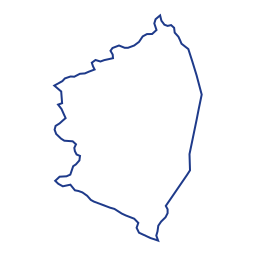 the district of Cachoeira dos Índios, Paraíba, Brazil
{"feature_id": "56859067B57784829245035", "entity_name": "Cachoeira dos Índios", "entity_type": "district", "adm_level": 2, "iso_a3": "BRA", "parent_name": "Brazil", "parent_adm1": "Paraíba", "projection": "mercator", "projection_center": [-38.71, -6.947], "detail": "fine", "context": "isolated", "style": "outline", "palette": "blue", "viewbox_px": 256, "rotation_deg": 0, "n_neighbors": 0, "source": "geoboundaries", "source_scale": "gbopen_adm2", "svg_char_len": 1306}
<svg xmlns="http://www.w3.org/2000/svg" viewBox="0 0 256 256"><path d="M55.2,180.8L58.3,183.8L62.8,186.3L70.4,184.7L74.9,190.3L78.5,191.0L82.4,192.4L87.2,195.8L90.8,199.9L93.9,201.6L110.1,207.7L114.4,208.9L121.8,213.6L125.9,215.5L134.2,218.7L138.3,222.9L136.6,227.8L139.0,232.7L150.6,238.1L154.1,239.2L158.1,240.6L156.3,235.6L157.5,231.4L158.3,225.7L161.1,221.6L165.5,217.3L167.6,213.2L167.6,209.3L165.8,205.9L170.6,198.9L187.1,174.8L190.0,170.3L189.5,154.1L192.2,141.1L196.6,119.8L198.7,109.1L201.7,94.6L196.6,75.4L192.4,61.7L188.3,49.0L185.3,46.7L181.5,43.7L180.0,40.1L178.4,36.7L174.7,32.6L174.1,27.8L171.1,25.1L167.6,25.9L164.4,24.7L161.4,20.7L160.1,15.4L155.6,19.2L154.3,23.4L156.5,30.0L152.1,34.0L146.9,34.1L142.7,36.4L139.0,41.9L134.2,45.5L128.0,47.8L124.7,47.8L119.0,45.5L112.5,48.0L110.5,50.8L112.7,54.6L113.0,58.2L104.3,60.1L100.4,61.5L95.5,60.0L91.8,62.7L93.0,66.3L94.6,69.5L88.8,71.7L84.9,73.4L79.9,73.8L74.3,76.7L70.5,76.5L64.9,78.4L62.4,81.1L54.3,85.6L61.2,91.5L62.1,103.2L58.1,104.6L61.5,109.0L63.5,113.5L65.6,118.1L62.7,120.6L59.6,123.4L55.6,125.9L54.6,129.7L56.2,134.0L61.0,138.6L64.3,140.7L72.7,141.3L76.0,144.3L74.3,147.9L74.9,151.2L76.6,154.5L80.0,155.9L79.4,160.4L75.9,164.4L73.2,166.2L70.3,174.6L66.5,176.3L59.6,176.7L55.2,180.8Z" fill="none" stroke="#1e3a8a" stroke-width="2"/></svg>